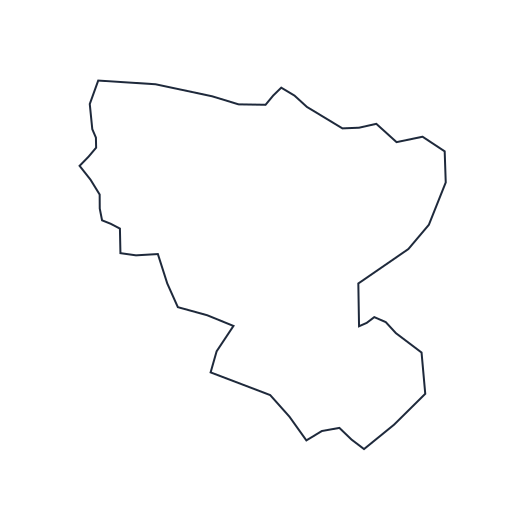 the District of Floreşti, rotated 12°
{"feature_id": "MDA-1635", "entity_name": "Floreşti", "entity_type": "District", "adm_level": 1, "iso_a3": "MDA", "parent_name": "Moldova", "parent_adm1": "", "projection": "robinson", "projection_center": [28.303, 47.851], "detail": "fine", "context": "isolated", "style": "outline", "palette": "slate", "viewbox_px": 512, "rotation_deg": 12, "n_neighbors": 0, "source": "natural_earth", "source_scale": "10m", "svg_char_len": 822}
<svg xmlns="http://www.w3.org/2000/svg" viewBox="0 0 512 512"><g transform="rotate(12 256 256)"><path d="M403.6,217.5L361.8,261.6L371.4,303.3L378.2,298.4L384.4,291.2L396.7,293.7L408.9,302.4L438.0,316.0L450.2,355.6L426.1,392.3L401.8,422.4L387.6,415.7L373.3,406.8L356.8,413.5L343.6,425.9L322.1,406.2L298.8,389.1L235.8,379.3L237.3,357.4L248.5,329.1L220.6,324.1L190.2,322.3L174.9,301.3L159.6,274.5L138.5,280.3L122.8,281.4L117.2,257.5L107.2,254.7L98.0,253.1L93.3,242.1L90.3,228.4L78.3,215.8L64.7,204.5L71.6,193.6L77.1,183.3L74.8,173.5L69.5,166.0L61.8,141.9L65.2,117.2L122.0,108.9L179.9,108.9L207.4,111.3L233.9,106.1L239.5,95.4L245.7,86.1L260.3,91.1L274.8,99.6L314.0,113.2L330.1,109.1L346.2,101.7L369.8,115.4L394.1,104.7L418.8,114.4L426.3,144.6L418.6,189.5L403.6,217.5Z" fill="none" stroke="#1e293b" stroke-width="2"/></g></svg>